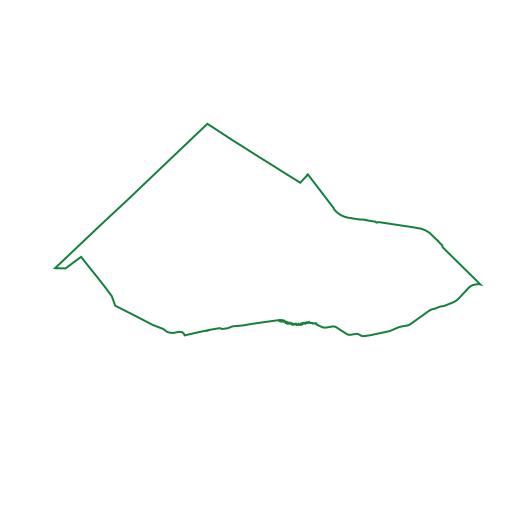 the district of Asten, Noord-Brabant, Netherlands, rotated 150°
{"feature_id": "6326949B72042777534396", "entity_name": "Asten", "entity_type": "district", "adm_level": 2, "iso_a3": "NLD", "parent_name": "Netherlands", "parent_adm1": "Noord-Brabant", "projection": "natural_earth1", "projection_center": [5.775, 51.387], "detail": "fine", "context": "isolated", "style": "outline", "palette": "green", "viewbox_px": 512, "rotation_deg": 150, "n_neighbors": 0, "source": "geoboundaries", "source_scale": "gbopen_adm2", "svg_char_len": 5234}
<svg xmlns="http://www.w3.org/2000/svg" viewBox="0 0 512 512"><g transform="rotate(150 256 256)"><path d="M232.0,394.8L341.4,368.3L374.4,360.7L422.0,349.3L436.0,345.9L435.3,345.4L427.3,340.6L427.1,340.4L426.5,340.6L416.9,341.7L407.9,342.7L406.0,329.6L403.9,316.1L402.4,305.4L401.8,300.9L401.0,293.1L402.8,283.4L398.6,277.0L393.8,269.6L379.5,247.4L373.2,239.7L372.5,238.5L371.5,236.0L371.2,235.3L370.4,234.2L369.7,233.4L368.7,232.5L367.8,231.8L366.7,231.1L365.6,230.5L364.7,230.2L361.6,229.2L360.4,228.7L359.7,228.3L359.1,227.8L358.7,227.5L358.2,227.0L357.8,226.3L357.7,226.0L357.5,225.3L357.4,224.9L357.4,222.9L346.0,219.4L336.6,216.4L336.6,216.0L335.0,215.5L334.9,215.7L334.8,215.8L334.6,215.7L330.8,214.4L324.3,212.0L323.6,211.7L321.7,209.7L321.2,209.4L316.3,207.5L311.9,206.9L310.2,206.2L303.6,203.1L301.0,202.0L293.3,199.2L291.2,198.3L290.3,198.0L290.1,197.8L289.8,197.7L289.3,197.6L272.3,190.7L269.5,189.5L268.9,189.3L267.6,188.8L267.6,188.7L267.1,188.4L267.7,188.3L267.8,188.3L267.8,188.2L267.5,187.9L267.6,187.7L267.9,187.8L268.0,187.8L268.1,187.7L267.5,187.3L267.5,187.2L267.4,187.0L267.2,186.8L266.8,186.6L266.6,186.5L266.1,186.8L265.9,186.8L265.9,186.2L265.2,186.2L265.1,186.8L264.8,186.4L264.7,186.2L264.2,186.3L263.9,186.0L263.9,185.9L264.3,185.6L264.7,185.8L264.8,185.7L264.9,185.4L264.8,185.1L264.6,185.0L264.0,185.1L263.0,184.4L262.9,184.3L262.9,184.2L263.1,183.7L263.5,183.6L263.6,183.4L263.8,183.1L263.4,182.8L263.0,182.1L262.9,182.0L262.7,182.4L262.5,182.5L262.4,182.6L262.2,182.7L262.2,182.3L262.1,182.0L261.9,181.8L261.8,182.1L261.6,182.2L261.5,182.3L261.4,182.2L261.6,181.6L261.7,181.2L261.4,181.0L261.0,181.2L260.9,181.3L260.7,181.6L260.3,181.5L260.4,181.1L259.8,180.3L259.8,180.2L260.0,180.1L259.9,179.9L259.6,179.8L259.5,179.7L259.4,179.8L259.3,180.0L259.2,180.1L258.7,180.1L258.6,179.8L258.7,179.6L258.8,179.5L258.8,179.4L258.3,179.0L258.5,178.9L259.1,178.9L259.1,178.7L258.9,178.5L258.7,178.4L258.2,178.5L257.5,178.4L257.3,178.3L257.3,178.2L257.5,178.0L257.6,177.9L257.7,177.7L257.2,177.6L256.8,177.8L256.7,177.8L256.6,177.7L256.5,177.4L256.4,177.3L256.1,177.4L255.9,177.5L255.7,177.7L255.4,177.6L255.7,177.1L255.9,176.9L255.6,176.6L255.5,176.3L255.4,176.3L255.2,176.3L255.1,176.6L254.8,176.6L254.7,176.5L254.8,176.3L255.1,176.0L255.1,175.9L254.7,175.9L254.2,175.8L254.1,175.7L254.0,175.3L253.8,175.2L253.6,175.2L253.4,175.3L253.1,175.8L252.9,175.9L252.8,175.7L252.8,175.4L253.0,175.3L253.1,175.1L252.9,174.8L252.5,174.4L252.3,174.2L252.1,174.2L251.9,174.2L251.7,174.5L251.4,174.7L251.2,174.7L251.3,174.5L251.3,174.4L251.2,174.4L250.9,174.8L250.7,175.0L250.6,174.9L250.5,174.6L250.7,174.4L250.8,174.1L251.0,173.8L250.9,173.7L250.1,173.7L249.9,173.7L249.8,173.8L250.0,174.1L249.9,174.2L249.7,174.3L249.4,174.5L249.3,174.4L249.4,174.1L249.3,173.9L249.2,173.9L249.1,174.0L248.7,174.4L248.4,174.3L248.3,173.8L248.2,173.8L248.0,174.1L248.0,174.3L247.9,174.3L247.8,174.2L247.7,174.1L247.3,173.8L247.2,173.7L247.4,173.5L247.5,173.4L247.4,173.1L247.1,173.4L246.9,173.4L246.9,172.9L246.7,172.8L246.2,172.7L245.8,172.8L245.6,172.9L245.6,173.1L245.4,173.2L244.6,172.5L244.6,172.4L244.8,172.2L244.7,172.0L244.4,172.1L244.2,172.4L243.9,172.6L243.7,172.7L243.4,172.6L243.6,172.3L243.6,172.1L243.5,171.9L243.3,171.6L243.1,171.5L242.5,171.2L242.5,170.9L242.4,170.8L242.2,170.6L241.2,170.3L241.1,170.2L240.7,169.6L240.6,169.4L240.6,169.2L240.1,169.2L239.9,169.1L239.6,168.7L239.2,168.5L239.0,168.2L238.7,168.0L238.3,167.9L237.7,167.9L237.6,167.7L237.9,167.5L238.0,167.2L238.0,166.9L238.0,166.6L234.1,161.1L233.5,160.5L233.0,160.1L232.1,159.5L231.3,159.1L230.7,158.8L225.2,156.8L224.7,156.6L223.9,156.1L223.5,155.8L222.9,155.3L222.5,154.8L222.3,154.5L216.4,143.0L215.8,142.2L215.4,141.8L215.0,141.4L214.5,141.0L213.6,140.5L208.7,138.7L208.2,138.5L207.2,137.8L206.7,137.4L206.2,136.8L205.8,136.2L205.2,135.0L204.7,134.3L203.8,133.4L203.1,132.9L201.9,132.3L196.5,130.2L195.7,129.9L191.9,128.7L178.0,124.2L177.0,124.0L176.1,123.9L168.4,123.0L167.6,122.8L166.2,122.5L159.6,120.1L158.8,119.9L157.7,119.8L156.1,119.8L133.8,122.0L132.7,122.0L131.8,122.0L130.9,121.9L129.6,121.6L128.2,121.2L126.9,120.9L125.9,120.7L122.2,120.2L121.4,120.0L119.3,119.1L118.6,118.8L117.6,118.6L107.9,117.2L107.1,117.2L105.2,117.2L103.7,117.4L102.9,117.6L101.1,118.0L87.8,122.1L86.3,122.4L84.8,122.5L83.8,122.5L82.8,122.3L81.6,122.1L80.6,121.8L77.5,120.4L76.7,120.0L76.0,119.3L77.1,123.3L77.5,125.0L88.2,163.7L89.9,169.9L89.9,170.3L89.5,171.8L89.5,172.4L90.6,176.4L90.6,177.6L90.7,177.9L90.9,177.9L91.2,179.0L91.1,179.3L91.6,180.3L94.1,189.1L94.6,190.1L95.7,192.2L96.1,192.9L96.6,193.7L97.8,195.3L98.6,196.2L99.6,197.3L101.5,198.9L102.9,200.0L103.4,200.5L105.3,202.1L132.9,224.1L133.2,224.2L134.0,224.3L134.6,224.5L134.9,224.7L135.2,225.1L135.3,225.9L141.5,230.9L143.0,232.2L142.8,232.3L143.0,232.5L143.6,232.8L144.1,233.3L144.3,233.6L144.6,233.6L146.8,235.2L147.4,235.3L157.1,243.1L158.5,244.5L159.6,245.6L160.5,246.8L161.4,248.0L161.9,248.8L162.7,250.1L163.5,251.8L163.8,252.7L164.3,254.0L164.6,255.4L164.8,256.3L165.0,257.9L164.8,258.4L164.8,258.7L170.3,300.8L171.1,300.7L171.1,300.4L171.4,300.2L175.6,299.0L181.0,297.3L191.5,316.9L197.7,328.7L203.9,340.3L207.6,347.4L218.3,367.7L232.0,394.8Z" fill="none" stroke="#15803d" stroke-width="2"/></g></svg>